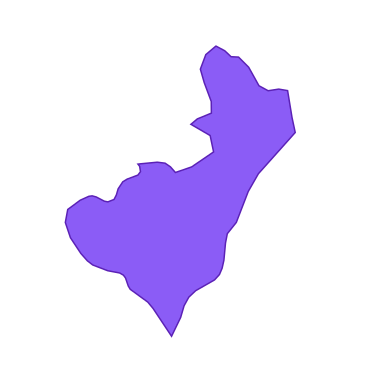 SVG path tracing the border of Cova Lima, rotated 335°
{"feature_id": "TLS-548", "entity_name": "Cova Lima", "entity_type": "District", "adm_level": 1, "iso_a3": "TLS", "parent_name": "East Timor", "parent_adm1": "", "projection": "natural_earth1", "projection_center": [125.199, -9.26], "detail": "fine", "context": "isolated", "style": "filled", "palette": "violet", "viewbox_px": 384, "rotation_deg": 335, "n_neighbors": 0, "source": "natural_earth", "source_scale": "10m", "svg_char_len": 1000}
<svg xmlns="http://www.w3.org/2000/svg" viewBox="0 0 384 384"><g transform="rotate(335 192 192)"><path d="M150.1,153.8L153.9,151.8L155.4,146.6L154.8,143.9L157.3,144.7L173.1,150.3L179.8,154.5L183.1,160.1L185.2,167.3L202.3,169.1L228.5,164.8L232.3,148.5L219.6,130.2L227.7,128.0L242.9,128.7L247.7,118.1L249.3,98.1L251.5,84.2L262.6,73.3L274.8,70.0L275.4,69.9L281.4,77.9L284.6,85.9L291.2,89.4L296.1,102.9L297.6,124.0L303.8,132.4L314.1,135.4L321.5,140.5L314.1,166.9L310.7,181.7L259.9,203.5L243.2,215.3L219.3,238.3L206.4,244.7L200.8,252.4L192.1,267.3L187.1,273.8L182.0,278.4L175.3,281.2L153.6,283.0L144.6,286.0L136.7,291.8L128.7,300.9L112.5,314.1L107.5,281.1L105.4,273.1L94.9,254.1L94.5,250.3L95.4,241.8L94.7,238.4L92.2,234.8L82.3,227.7L71.2,216.2L68.1,210.2L65.3,200.8L62.5,182.1L64.3,166.1L72.0,155.3L87.2,152.2L96.7,152.3L99.9,153.3L103.1,156.0L108.7,163.3L111.6,165.4L118.2,165.8L122.2,162.7L126.4,157.9L133.6,153.5L138.7,152.9L150.1,153.8Z" fill="#8b5cf6" stroke="#5b21b6" stroke-width="1.5"/></g></svg>